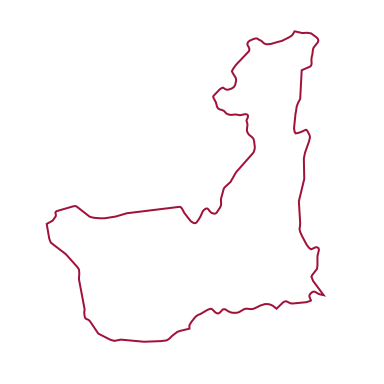 the border of Suphan Buri, rotated 81°
{"feature_id": "THA-403", "entity_name": "Suphan Buri", "entity_type": "Province", "adm_level": 1, "iso_a3": "THA", "parent_name": "Thailand", "parent_adm1": "", "projection": "mercator", "projection_center": [99.785, 14.567], "detail": "fine", "context": "isolated", "style": "outline", "palette": "rose", "viewbox_px": 384, "rotation_deg": 81, "n_neighbors": 0, "source": "natural_earth", "source_scale": "10m", "svg_char_len": 3866}
<svg xmlns="http://www.w3.org/2000/svg" viewBox="0 0 384 384"><g transform="rotate(81 192 192)"><path d="M314.5,78.1L313.1,81.7L312.6,82.5L311.9,83.6L310.1,85.7L309.6,86.6L309.4,87.7L309.8,89.2L311.3,91.4L312.6,92.2L313.9,92.4L317.8,91.5L318.3,93.3L318.7,96.7L317.9,109.7L317.4,112.1L314.9,115.6L314.6,116.3L314.8,117.9L315.2,119.2L320.5,126.7L316.9,130.1L315.8,131.7L314.9,133.6L314.6,134.6L314.1,137.4L314.8,142.1L316.6,148.0L317.0,150.0L317.0,151.7L316.4,154.2L315.9,155.7L315.7,157.4L316.0,159.2L318.0,164.3L318.3,166.4L317.9,169.5L317.5,171.3L316.9,172.6L316.4,173.4L315.9,174.3L312.9,177.8L312.7,178.9L313.0,180.3L314.7,182.3L315.6,183.7L316.1,185.0L315.5,186.7L314.7,187.6L313.8,188.4L313.0,188.9L311.4,190.0L310.8,190.7L310.3,191.5L310.4,193.2L311.0,195.6L313.7,202.4L314.4,205.2L315.2,207.1L316.1,208.4L320.3,213.0L323.2,215.4L326.6,215.9L327.3,225.1L327.8,228.3L331.2,234.5L332.9,236.7L333.9,238.5L334.6,240.5L334.4,246.1L332.4,262.8L326.7,285.3L326.9,292.0L325.0,296.0L317.2,306.7L304.3,312.7L303.1,313.4L302.3,314.1L301.6,314.9L301.2,315.8L300.6,316.6L299.4,317.3L297.6,317.5L294.1,317.3L291.0,316.4L260.9,317.3L259.3,317.1L255.1,316.1L251.4,315.8L250.5,315.9L248.5,316.8L233.7,326.3L219.9,339.4L215.6,340.3L200.8,340.5L198.5,334.1L194.7,330.4L193.3,330.0L192.2,330.1L190.8,330.1L190.1,329.4L189.7,328.4L187.6,311.9L187.6,309.9L188.0,308.5L200.4,296.9L201.3,295.0L202.3,292.3L203.8,285.9L204.3,282.0L204.3,271.1L202.8,259.7L204.7,206.5L205.1,205.7L205.9,205.0L206.7,204.5L211.6,202.8L220.5,197.9L221.5,196.9L222.9,195.2L223.3,193.9L223.1,192.9L222.6,192.1L220.6,190.1L217.7,187.6L212.8,184.4L212.0,183.5L211.3,182.5L210.6,180.9L210.6,179.8L211.2,179.0L211.9,178.4L213.6,177.6L214.7,176.8L215.8,175.8L216.9,173.5L216.9,172.2L216.6,171.2L211.7,166.7L210.0,165.6L208.0,165.0L204.3,164.7L203.2,164.4L193.9,160.2L193.1,159.6L192.3,158.7L188.8,153.4L188.1,152.4L179.3,145.3L162.9,125.4L162.2,124.8L160.3,123.8L158.3,123.1L157.1,122.9L151.1,122.7L148.8,123.1L148.0,123.6L147.2,124.1L145.9,125.4L144.3,126.7L143.5,127.2L142.7,127.6L141.6,127.9L140.6,128.1L139.4,128.1L137.3,127.6L135.3,126.9L133.1,126.6L131.0,126.9L130.0,127.0L129.2,126.6L127.7,125.6L126.8,125.1L125.8,124.8L124.8,124.9L124.1,125.5L123.7,126.4L123.4,127.5L123.7,132.1L123.5,133.2L122.4,136.2L122.2,137.4L122.0,141.1L121.7,142.3L121.4,143.3L120.5,144.9L119.9,145.7L119.1,146.3L117.4,147.4L116.8,147.9L115.7,149.6L114.8,151.6L114.2,152.4L113.6,153.1L112.7,153.5L111.8,153.9L107.1,154.4L102.2,156.1L101.3,156.2L100.5,155.8L95.0,148.6L94.0,146.5L93.8,145.0L95.7,143.0L96.3,141.8L96.6,140.2L96.1,137.1L95.4,135.2L94.6,133.9L92.9,132.6L91.0,131.8L89.1,131.1L87.9,130.9L86.7,130.9L85.6,131.1L81.1,133.1L78.9,133.7L76.7,132.0L73.4,128.8L61.9,113.8L61.0,113.3L59.9,113.0L58.8,113.1L57.8,113.3L55.9,114.1L54.7,114.2L53.1,113.5L52.3,112.6L51.5,111.1L51.2,109.9L50.6,107.7L50.3,105.4L50.4,104.4L50.7,103.5L52.0,102.1L53.2,100.4L53.8,99.7L54.5,99.1L56.0,98.0L56.6,97.4L57.2,96.5L57.7,95.5L58.0,93.2L58.1,90.7L57.2,83.8L57.0,81.4L56.8,79.5L54.5,72.2L53.6,70.0L52.6,68.3L52.0,67.7L49.4,65.6L49.6,64.9L52.3,58.1L52.7,53.6L54.0,49.5L58.7,44.9L59.6,44.2L60.6,43.7L62.0,43.5L63.0,43.9L63.9,44.4L68.4,49.3L69.5,49.9L70.7,50.4L75.3,51.7L77.2,52.6L80.2,53.4L83.3,53.7L84.8,54.1L85.9,54.8L86.5,55.6L86.8,56.5L88.9,64.6L117.0,70.6L120.0,72.9L123.3,74.9L124.2,75.3L129.4,76.9L130.4,77.4L145.2,81.3L148.5,81.2L150.3,80.5L150.3,78.1L149.8,75.0L148.5,70.4L148.4,69.6L148.5,69.3L149.3,68.7L153.5,67.2L155.3,66.9L156.7,67.0L160.5,68.6L170.8,74.2L176.5,76.3L196.7,79.1L217.8,87.9L239.5,90.0L242.7,90.7L244.6,91.4L245.8,91.6L248.7,91.3L252.8,90.2L262.1,87.0L265.5,85.1L267.2,83.4L267.0,82.3L266.1,79.2L265.9,78.2L266.2,77.2L266.7,76.4L267.2,75.9L268.1,75.7L269.3,75.8L274.7,78.0L276.5,78.4L283.7,79.5L286.0,80.1L287.5,80.6L292.8,86.2L294.3,87.3L298.8,86.3L314.5,78.1Z" fill="none" stroke="#9f1239" stroke-width="2"/></g></svg>